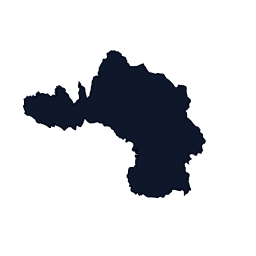 Krong No, Đắk Nông, Vietnam, rotated 141°
{"feature_id": "81297802B95536504011076", "entity_name": "Krong No", "entity_type": "district", "adm_level": 2, "iso_a3": "VNM", "parent_name": "Vietnam", "parent_adm1": "Đắk Nông", "projection": "equal_earth", "projection_center": [107.904, 12.369], "detail": "fine", "context": "isolated", "style": "filled", "palette": "ink", "viewbox_px": 256, "rotation_deg": 141, "n_neighbors": 0, "source": "geoboundaries", "source_scale": "gbopen_adm2", "svg_char_len": 5838}
<svg xmlns="http://www.w3.org/2000/svg" viewBox="0 0 256 256"><g transform="rotate(141 128 128)"><path d="M117.8,42.4L117.0,44.8L116.3,45.8L115.4,48.2L114.9,48.9L114.7,50.0L113.5,50.0L113.3,51.2L112.4,51.5L112.1,52.5L111.3,52.1L110.0,53.4L110.2,55.4L110.5,55.8L111.2,55.8L111.9,56.6L112.1,58.1L111.8,58.4L111.2,57.5L111.1,58.5L108.6,61.4L109.0,62.7L107.7,63.8L107.5,65.0L106.3,65.1L106.0,65.8L104.2,65.2L103.8,64.7L103.3,62.8L102.8,63.9L102.1,64.4L100.0,64.7L98.6,64.4L98.5,64.7L98.9,65.2L98.9,66.0L98.3,67.6L98.3,69.2L97.9,69.4L95.4,68.5L94.8,68.9L94.4,68.8L94.1,67.7L92.9,66.2L92.8,64.8L92.1,64.1L91.5,64.1L90.5,65.3L89.5,64.8L88.7,65.3L88.1,64.8L87.5,63.1L86.9,62.7L85.7,63.7L84.6,63.7L84.2,64.0L83.8,65.4L82.1,68.4L78.9,69.0L78.5,68.5L78.2,68.4L76.9,68.9L76.3,69.4L76.1,70.1L76.3,70.6L76.0,71.0L76.3,71.5L75.9,74.3L75.7,75.1L74.7,75.6L74.4,76.4L74.6,77.4L75.4,79.1L74.5,80.6L73.5,81.3L73.8,82.2L73.4,82.6L73.2,83.5L73.7,84.8L73.7,85.3L74.9,85.9L74.8,87.3L75.1,90.0L75.0,93.9L75.4,96.8L76.1,99.1L75.9,99.9L75.1,100.4L73.3,103.1L73.2,103.6L73.4,105.0L73.0,106.5L72.2,105.9L71.3,105.6L68.9,105.8L68.1,106.6L67.3,106.2L66.9,108.5L66.7,108.6L66.2,108.1L65.3,109.1L63.6,109.2L62.7,109.7L62.2,110.5L62.2,111.4L62.7,114.2L62.6,115.2L60.1,120.1L58.8,121.3L57.3,123.3L58.2,125.5L61.9,129.2L62.4,128.7L63.7,128.2L64.8,128.3L66.0,129.0L66.4,132.0L65.9,133.2L65.9,134.0L66.5,139.3L67.4,142.3L67.3,144.5L66.9,146.1L67.0,147.5L68.5,149.1L69.4,149.4L70.0,150.8L71.0,151.7L71.9,151.7L73.7,153.2L75.5,156.1L77.1,157.4L76.9,158.0L77.3,159.4L77.1,160.8L77.3,161.0L77.0,161.6L76.9,163.1L76.4,164.2L76.7,165.8L76.0,168.0L76.6,168.4L82.0,169.8L84.8,171.6L88.4,174.6L87.9,175.4L87.6,177.4L87.7,178.4L88.3,179.1L88.2,179.6L87.1,180.8L86.8,181.2L87.0,181.9L86.2,183.6L86.0,184.6L88.2,187.9L87.0,190.0L87.9,191.5L87.7,192.1L88.2,192.3L88.0,193.3L89.6,194.6L90.1,196.4L91.4,196.8L92.5,198.3L94.6,198.5L95.4,197.5L95.6,197.9L95.9,197.9L96.0,198.5L96.8,198.8L97.6,198.7L98.6,196.3L99.7,195.6L100.2,194.9L101.8,195.3L102.7,195.1L103.5,196.5L104.3,196.6L105.5,195.2L110.1,193.6L111.6,192.7L112.5,192.6L113.8,190.7L114.8,190.3L114.9,189.8L116.1,189.6L116.8,188.9L118.0,185.9L119.2,186.4L119.5,187.6L119.9,188.1L120.7,188.4L121.3,188.3L122.5,188.9L124.5,187.3L126.2,186.7L127.6,185.3L127.8,183.9L128.5,184.2L130.5,182.7L132.7,180.3L134.1,179.7L134.3,179.0L135.7,178.6L136.2,177.2L136.8,177.2L137.8,176.6L139.9,176.7L140.6,176.1L141.3,176.1L141.9,176.4L141.7,177.8L140.8,179.0L139.8,181.6L139.2,182.1L139.1,183.2L137.4,185.3L136.9,186.6L137.1,188.0L138.0,189.7L137.9,191.1L137.3,192.6L137.3,194.0L140.1,191.5L140.5,190.3L140.3,189.3L140.4,188.3L144.0,186.3L145.3,183.5L146.7,181.5L147.6,180.8L148.9,181.0L149.8,180.7L150.5,181.1L151.1,180.8L151.9,179.8L153.2,180.5L155.5,180.2L155.7,180.5L155.7,180.8L154.8,184.0L154.7,187.5L154.9,188.7L153.7,191.6L154.1,193.0L154.2,194.7L154.8,195.4L154.9,195.8L154.5,196.5L153.5,196.6L153.1,196.9L152.9,198.1L153.0,199.0L154.0,200.1L154.8,203.4L155.3,204.2L156.5,203.7L157.1,204.4L157.2,203.0L157.9,203.8L158.3,203.3L159.2,203.8L159.7,203.1L160.5,203.2L160.7,201.9L161.1,201.3L161.0,200.0L161.3,200.0L161.9,201.4L162.2,201.3L162.5,198.6L162.9,198.4L163.4,198.8L163.4,197.3L164.3,199.0L165.7,200.6L167.1,200.4L168.6,201.0L168.9,201.6L169.1,204.0L169.4,205.0L171.4,205.9L172.6,208.4L173.5,208.7L174.4,208.2L174.6,208.4L175.2,212.3L176.0,212.0L177.1,212.3L177.1,211.1L177.3,210.6L178.3,211.4L178.9,210.3L179.4,210.0L181.1,211.0L181.4,212.7L182.8,211.9L183.5,212.2L183.9,212.9L183.8,213.9L184.6,214.3L186.0,214.4L186.6,215.1L186.6,215.7L189.0,215.1L190.5,215.5L190.9,214.3L193.3,211.5L193.7,210.4L194.3,210.2L194.9,210.8L195.3,210.5L196.5,207.7L196.8,205.9L197.5,204.8L198.7,204.3L198.0,201.3L196.6,200.4L194.9,196.9L194.9,195.6L194.1,193.0L194.2,192.3L194.9,190.7L194.8,189.6L193.8,187.8L192.6,187.3L192.0,186.0L191.0,184.7L189.2,181.0L188.5,178.0L188.0,177.5L187.4,178.0L186.0,178.4L185.6,178.0L185.0,176.3L184.3,175.9L184.0,176.0L183.8,177.5L182.7,177.6L181.4,174.7L180.5,173.4L179.2,170.2L178.8,166.5L173.8,166.9L172.6,165.9L171.5,165.7L171.2,165.1L170.8,162.0L169.9,160.0L169.5,160.0L168.6,161.4L166.1,163.0L165.5,162.9L164.9,160.8L164.2,159.4L163.8,159.1L160.0,160.5L158.7,161.5L157.9,161.8L157.4,162.6L155.6,162.8L155.0,162.5L154.9,158.4L154.2,156.2L151.8,154.2L147.5,152.3L146.5,149.8L144.4,148.1L144.8,145.2L144.7,144.5L142.3,142.6L140.9,140.9L140.7,139.7L140.9,137.4L140.1,136.1L139.9,135.1L140.5,133.9L140.5,131.2L141.1,129.7L140.3,127.4L140.4,126.1L139.0,124.5L138.7,122.5L137.3,122.8L136.2,122.4L135.9,121.1L136.2,119.8L137.8,119.1L138.0,118.5L137.8,118.2L135.9,118.0L134.8,117.3L133.6,115.1L133.1,113.3L133.2,112.2L134.5,110.1L137.8,108.7L138.2,108.3L138.3,107.3L138.0,106.8L136.3,106.9L134.8,106.0L134.6,105.4L134.7,104.6L135.1,104.3L135.5,104.4L136.3,105.4L136.8,105.5L137.1,105.3L137.4,103.1L136.4,101.2L136.5,100.0L137.1,99.8L138.0,100.2L138.8,101.7L139.4,102.0L140.1,101.1L140.3,100.3L139.3,98.7L139.2,98.1L139.7,98.0L141.4,98.5L141.7,98.3L144.2,95.6L144.7,93.8L145.9,94.1L148.2,93.3L150.6,95.2L151.4,95.7L152.2,95.8L153.5,95.1L156.1,92.3L158.8,91.3L159.3,90.1L159.5,87.6L161.1,86.3L161.2,84.3L161.7,82.0L162.8,82.2L163.1,81.9L163.0,81.3L162.4,80.9L162.2,80.5L162.4,79.7L162.8,79.1L163.9,78.6L164.8,77.3L164.7,76.2L163.4,73.9L163.5,72.1L162.8,71.9L161.8,72.7L161.2,72.4L160.8,70.9L161.3,69.5L161.3,68.7L160.1,68.5L159.3,67.8L158.0,67.8L157.3,67.4L157.0,66.7L156.7,64.4L155.6,61.9L153.0,60.0L148.3,55.3L145.8,55.3L144.6,52.7L144.0,52.2L143.3,52.2L140.5,53.2L138.2,51.3L137.5,51.3L136.9,51.8L136.1,51.5L134.6,51.5L133.8,51.7L133.2,52.9L132.9,53.1L132.3,52.9L131.5,52.0L130.6,51.7L127.2,47.1L126.3,46.5L124.7,46.7L124.3,46.1L123.8,43.7L124.2,42.8L125.8,40.7L124.3,41.0L123.5,40.3L122.9,40.9L122.2,40.5L119.9,41.6L119.2,41.6L118.4,40.8L118.0,41.2L117.8,42.4Z" fill="#0f172a" stroke="#020617" stroke-width="1.5"/></g></svg>